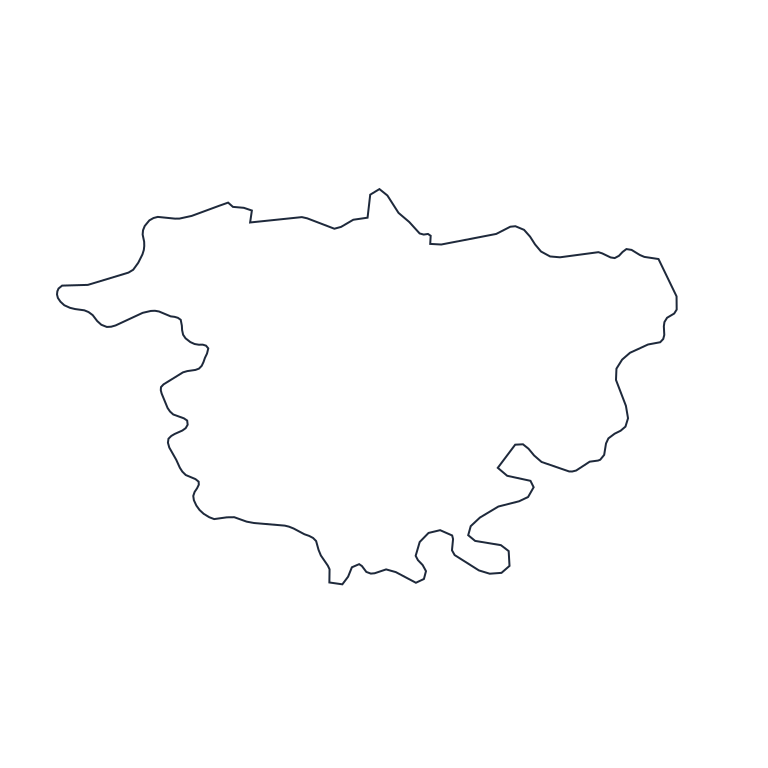 the Metropolitan department of Ariège, rotated 169°
{"feature_id": "FRA-5269", "entity_name": "Ariège", "entity_type": "Metropolitan department", "adm_level": 1, "iso_a3": "FRA", "parent_name": "France", "parent_adm1": "", "projection": "robinson", "projection_center": [1.591, 42.938], "detail": "fine", "context": "isolated", "style": "outline", "palette": "slate", "viewbox_px": 768, "rotation_deg": 169, "n_neighbors": 0, "source": "natural_earth", "source_scale": "10m", "svg_char_len": 2882}
<svg xmlns="http://www.w3.org/2000/svg" viewBox="0 0 768 768"><g transform="rotate(169 384 384)"><path d="M120.3,470.2L115.4,468.4L108.2,461.8L104.2,459.1L90.7,454.3L80.1,414.2L82.5,401.2L85.7,397.8L93.5,395.0L96.9,391.3L98.3,387.2L99.5,378.7L101.3,374.9L104.9,372.3L117.3,372.4L136.6,367.7L145.6,362.5L152.9,354.7L155.5,343.7L150.7,316.4L151.0,303.8L155.1,296.1L160.6,293.0L167.1,291.2L174.1,287.8L177.4,283.3L181.4,272.4L186.2,268.4L188.5,268.0L196.9,268.5L211.9,262.4L216.0,262.2L218.9,262.8L244.2,277.4L250.3,285.2L254.5,292.9L259.1,298.3L266.8,299.4L288.3,280.0L280.6,270.4L258.7,261.0L256.8,254.1L264.1,245.6L273.8,243.1L295.1,241.9L315.3,234.6L326.0,227.9L330.2,219.5L324.5,212.6L300.0,203.5L293.5,196.2L295.5,181.5L304.7,176.2L316.4,177.6L326.4,182.9L347.3,202.6L349.0,207.8L345.8,218.6L346.0,222.3L356.8,229.8L368.7,229.3L379.1,222.1L385.7,209.3L384.3,204.6L380.6,198.9L378.5,192.3L382.0,185.0L390.6,182.8L408.3,197.1L417.3,201.6L429.3,200.0L433.1,200.4L437.2,202.9L440.4,209.5L442.8,211.9L450.5,210.2L456.0,201.7L463.1,195.3L475.5,199.6L472.8,212.5L473.8,216.4L478.7,227.7L479.9,233.7L480.6,242.8L483.0,246.4L486.5,249.2L490.8,251.7L500.3,259.4L504.5,262.1L508.4,263.9L538.3,272.4L545.1,275.1L556.4,281.8L563.6,283.1L576.5,283.8L581.0,286.6L585.8,291.0L589.1,295.5L591.4,300.5L592.8,306.2L592.6,310.5L590.5,314.2L587.4,317.3L585.0,320.5L584.6,323.5L587.2,326.6L596.0,332.5L598.7,336.5L600.4,340.8L602.4,349.2L606.9,362.6L607.3,367.6L606.0,371.4L602.7,373.6L599.0,374.9L590.8,376.8L587.1,378.5L584.5,381.5L584.2,385.7L587.0,388.5L596.7,394.3L599.3,397.8L601.0,401.7L604.1,417.1L604.3,420.5L603.5,423.5L600.5,425.7L579.1,433.8L574.6,434.2L566.4,433.8L562.7,434.4L559.5,436.6L557.0,440.0L554.8,443.8L551.9,447.7L549.7,452.5L551.4,455.6L554.4,457.2L558.3,457.9L562.3,459.4L566.1,462.1L570.1,466.7L571.8,470.7L571.9,475.5L571.3,479.8L571.3,485.8L573.7,488.3L576.8,489.9L580.5,491.1L591.0,498.1L594.9,499.6L598.9,500.2L607.3,499.9L636.3,492.7L640.9,492.3L645.2,492.9L650.2,496.1L653.5,500.5L656.8,507.2L660.3,511.0L664.1,513.5L672.9,516.5L677.7,518.7L682.8,522.3L685.9,526.5L687.7,530.7L687.9,534.3L686.9,537.5L686.6,537.8L685.3,539.8L681.2,542.0L655.8,537.8L613.6,542.1L608.4,544.0L602.1,549.9L596.4,557.3L594.2,561.4L593.0,565.2L592.3,569.4L592.4,576.8L591.2,580.9L588.7,584.8L583.1,589.4L578.6,590.9L574.2,591.2L557.6,586.2L553.2,585.4L540.7,585.7L511.8,590.4L502.4,591.8L498.5,586.7L488.0,583.7L480.6,579.5L484.6,568.1L432.8,563.5L427.8,561.3L403.1,545.9L396.2,546.4L382.8,551.1L368.4,550.4L361.4,572.5L351.3,576.2L344.7,568.4L337.1,549.2L328.3,538.2L320.3,525.0L316.5,523.1L312.2,522.9L309.9,520.6L311.9,512.7L301.2,510.0L245.2,509.9L230.0,514.3L224.9,513.8L217.1,508.6L212.5,500.8L209.1,492.2L204.6,484.1L196.6,477.5L187.1,474.8L148.4,472.5L144.9,470.6L137.4,465.0L133.5,463.6L128.9,465.0L124.6,468.1L120.3,470.2Z" fill="none" stroke="#1e293b" stroke-width="2"/></g></svg>